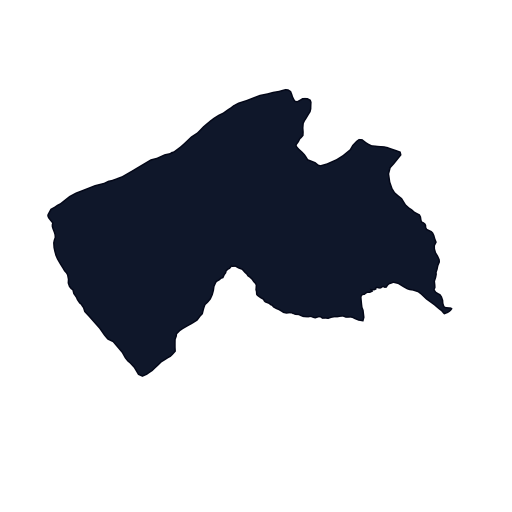 Mafinga Township Authority, Iringa, United Republic of Tanzania, rotated 60°
{"feature_id": "72390352B55502751216619", "entity_name": "Mafinga Township Authority", "entity_type": "district", "adm_level": 2, "iso_a3": "TZA", "parent_name": "United Republic of Tanzania", "parent_adm1": "Iringa", "projection": "robinson", "projection_center": [35.272, -8.362], "detail": "fine", "context": "isolated", "style": "filled", "palette": "ink", "viewbox_px": 512, "rotation_deg": 60, "n_neighbors": 0, "source": "geoboundaries", "source_scale": "gbopen_adm2", "svg_char_len": 5225}
<svg xmlns="http://www.w3.org/2000/svg" viewBox="0 0 512 512"><g transform="rotate(60 256 256)"><path d="M260.9,103.7L258.8,103.3L251.1,100.2L246.5,95.7L244.9,90.7L242.5,84.5L240.8,80.1L240.2,79.9L238.1,79.3L234.4,82.4L232.5,84.1L229.4,86.8L229.1,87.1L227.9,88.0L226.5,89.6L225.8,90.3L224.5,92.2L223.2,94.2L221.5,96.6L220.6,97.8L218.4,100.9L215.6,102.8L213.0,104.2L210.6,105.2L208.4,106.1L206.8,108.6L207.1,111.5L208.7,116.9L210.9,120.7L211.2,121.2L212.4,128.5L212.7,130.4L213.0,138.0L212.5,142.7L211.9,148.4L210.2,155.1L208.9,156.4L208.8,156.5L208.5,156.8L204.8,158.2L204.4,158.5L201.6,160.7L198.5,163.2L195.3,163.3L192.6,163.5L189.2,164.3L186.4,165.2L186.1,165.3L184.8,165.7L182.0,166.3L180.3,166.1L180.2,166.1L179.8,166.0L178.1,162.2L176.2,159.3L176.0,157.9L175.0,155.1L172.2,153.3L168.5,151.5L164.6,148.8L162.9,146.3L161.8,144.1L160.8,142.3L159.2,139.4L158.0,137.1L155.9,135.1L152.8,133.2L150.3,131.6L148.2,131.2L145.6,132.8L144.2,134.9L143.1,137.1L143.2,139.7L143.1,143.2L141.5,145.0L139.6,145.1L139.4,145.1L139.2,145.1L136.4,144.9L133.7,144.3L130.9,143.9L128.3,145.2L126.8,147.2L126.0,150.1L125.1,153.7L123.0,159.3L121.5,164.9L119.0,172.3L118.1,177.9L116.8,186.4L115.0,194.7L114.8,200.1L115.3,203.7L115.4,206.7L116.0,212.9L115.6,217.9L115.8,223.4L116.3,227.7L116.7,229.7L117.1,232.3L117.9,236.7L119.6,242.5L120.3,245.2L120.7,252.4L121.8,256.9L123.0,261.9L124.0,266.9L124.9,274.4L124.8,277.0L124.4,277.0L124.5,279.3L122.9,284.2L122.8,284.9L122.0,292.9L120.3,298.9L120.6,322.1L120.6,328.0L120.6,332.1L118.8,342.8L117.6,346.4L117.3,351.1L114.7,360.2L112.5,374.9L111.7,379.8L111.6,380.9L111.4,387.6L112.1,392.4L113.1,399.1L112.9,402.6L113.2,405.8L113.1,410.2L115.3,413.8L116.1,415.1L116.4,415.5L117.2,416.1L119.2,416.4L122.8,415.9L125.8,415.4L127.1,416.7L128.7,417.6L130.8,418.1L134.7,418.7L137.1,419.3L139.6,420.5L141.5,422.7L143.5,424.5L147.7,426.6L151.4,427.8L154.1,428.5L155.0,428.8L159.2,429.3L164.6,429.3L170.5,429.1L173.1,429.1L175.8,428.5L178.1,428.5L182.4,430.0L185.5,432.0L186.5,432.2L189.1,432.7L191.8,432.3L193.6,431.5L193.9,431.4L194.0,431.5L197.5,432.5L199.4,432.3L202.1,432.1L204.5,432.4L208.6,432.1L210.3,431.4L212.8,431.3L214.5,431.1L218.5,432.0L224.6,430.6L231.0,429.3L240.4,427.4L248.6,426.7L252.7,426.0L254.0,425.7L258.8,422.4L263.3,421.6L272.7,419.9L278.8,420.0L282.1,419.5L282.8,419.4L285.8,418.3L291.6,417.0L298.2,416.9L299.7,416.9L303.2,414.4L303.3,413.5L303.7,409.8L303.4,406.6L303.2,403.3L302.3,399.7L301.4,395.7L300.2,391.0L300.1,387.2L299.9,383.2L300.0,380.4L299.3,377.6L298.0,373.6L294.5,371.8L290.7,369.6L287.7,367.8L285.4,365.1L283.6,363.8L282.4,359.4L282.1,355.7L282.1,350.4L282.2,344.3L282.1,341.9L282.0,339.2L281.6,338.2L280.4,335.4L280.1,334.8L279.1,331.4L276.7,329.1L274.9,327.3L274.7,327.1L272.5,324.5L272.0,322.2L271.6,320.7L270.3,317.1L267.5,313.2L267.4,313.1L264.4,310.1L261.3,307.7L259.6,305.4L258.6,304.0L258.2,302.7L258.2,301.7L258.2,299.7L257.7,297.4L258.1,295.5L256.2,292.8L255.3,290.7L253.9,289.4L253.3,286.9L253.4,285.1L252.7,283.2L252.1,281.4L252.1,281.2L252.1,281.3L253.1,281.5L254.5,278.8L257.6,277.0L260.6,274.5L264.6,273.7L267.1,272.9L269.2,272.8L271.2,271.8L274.2,270.9L277.0,270.7L279.5,270.1L281.3,270.2L283.3,271.5L285.2,272.8L287.1,273.3L288.3,273.9L289.5,274.5L290.7,274.4L292.8,273.5L294.7,272.6L296.3,271.6L297.5,271.1L299.0,271.2L300.4,270.8L303.5,268.3L305.6,267.5L306.7,266.6L308.9,266.2L311.6,264.6L314.2,262.6L314.3,262.6L317.0,261.1L318.5,260.4L320.6,258.1L321.6,255.7L322.5,254.2L323.2,253.2L324.3,252.6L325.0,251.7L325.9,251.3L326.9,249.9L328.0,248.2L330.0,246.8L331.9,245.3L333.3,243.3L334.7,241.1L335.1,239.9L335.8,238.5L337.8,236.9L338.9,235.8L339.1,235.6L339.8,232.1L340.9,230.4L343.0,229.5L344.6,226.5L346.0,224.7L346.6,221.5L347.7,218.4L349.2,215.9L350.2,213.1L351.4,210.6L353.9,208.6L354.9,206.8L356.0,204.6L357.4,203.0L359.7,201.5L363.0,198.9L363.3,198.4L365.5,195.8L365.4,195.7L363.0,193.3L356.5,190.5L353.4,190.0L350.6,188.8L346.4,186.9L343.7,185.6L342.6,183.9L342.7,182.6L343.3,181.3L343.0,179.8L343.0,177.9L344.3,175.5L344.5,173.0L342.8,173.1L343.2,172.6L343.7,171.5L344.3,170.4L344.4,168.7L343.5,168.4L343.4,167.4L344.1,166.4L345.2,165.3L345.9,163.9L345.7,162.3L346.0,161.0L347.3,160.2L348.0,158.8L346.9,156.6L346.5,154.8L347.0,152.4L347.3,150.5L347.3,150.4L347.2,150.3L350.9,146.4L356.3,143.5L360.0,141.3L361.9,139.6L363.8,137.1L368.0,133.3L371.6,131.8L378.4,129.8L382.2,128.1L385.8,126.5L387.6,125.7L390.0,124.9L393.3,123.7L396.2,122.5L399.0,122.0L400.1,121.7L400.6,118.3L400.5,116.2L400.2,114.7L399.5,113.0L398.5,113.4L397.0,115.6L395.7,117.4L394.6,118.5L392.7,118.5L390.3,117.9L387.7,116.6L384.1,115.9L381.5,116.1L379.8,117.2L377.2,118.6L374.2,118.8L372.6,116.8L370.2,115.6L367.0,114.2L364.4,111.3L362.0,109.2L360.0,108.2L358.1,106.0L355.2,103.4L352.8,100.3L350.8,99.3L346.9,98.9L343.0,99.0L342.9,99.0L339.0,98.0L336.1,96.4L334.0,93.2L330.6,92.7L327.0,91.8L324.4,91.6L322.5,92.1L320.6,93.4L318.3,95.0L316.2,94.9L314.2,93.9L312.8,93.8L311.0,94.5L309.5,95.6L307.7,95.4L305.4,94.5L304.4,94.1L302.1,94.0L299.8,95.5L299.0,96.0L297.5,96.9L297.2,97.1L293.8,98.2L290.9,99.7L286.5,101.1L283.2,101.2L279.1,101.3L274.8,103.0L270.4,104.5L269.8,104.5L266.4,104.6L266.1,104.7L260.9,103.7Z" fill="#0f172a" stroke="#020617" stroke-width="1.5"/></g></svg>